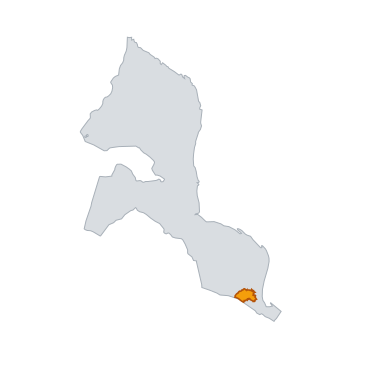 Magude, Maputo, Mozambique (highlighted), rotated 305°
{"feature_id": "85939544B12261721998883", "entity_name": "Magude", "entity_type": "district", "adm_level": 2, "iso_a3": "MOZ", "parent_name": "Mozambique", "parent_adm1": "Maputo", "projection": "albers", "projection_center": [32.464, -24.759], "detail": "fine", "context": "in_parent", "style": "filled", "palette": "amber", "viewbox_px": 384, "rotation_deg": 305, "n_neighbors": 0, "source": "geoboundaries", "source_scale": "gbopen_adm2", "svg_char_len": 6607}
<svg xmlns="http://www.w3.org/2000/svg" viewBox="0 0 384 384"><g transform="rotate(305 192 192)"><path d="M119.4,254.9L121.7,253.1L137.1,236.0L138.1,235.3L136.8,232.5L138.8,229.2L139.1,224.1L139.7,223.3L142.1,221.6L145.4,216.3L147.4,212.2L147.7,210.2L144.8,204.7L143.9,201.7L144.8,199.1L145.1,196.7L144.7,195.9L142.9,194.9L142.6,193.8L142.6,192.5L143.0,191.8L145.2,190.7L145.7,190.1L147.6,183.6L146.9,178.7L146.9,173.1L147.4,167.4L147.2,164.1L145.8,160.4L145.7,157.7L146.7,155.8L146.9,154.7L143.4,154.0L141.6,152.5L134.8,150.0L129.6,149.7L125.3,146.0L121.9,145.4L117.5,142.7L103.8,142.3L103.3,142.0L102.7,133.8L102.1,131.1L100.4,128.2L99.9,126.2L100.0,124.8L107.6,121.7L122.5,117.4L125.8,115.9L151.5,107.5L152.2,108.0L154.7,112.4L159.0,117.2L160.0,116.6L166.2,115.9L167.1,115.3L169.0,114.8L171.1,114.6L171.9,114.9L174.1,117.9L174.8,123.6L174.8,127.4L174.5,130.2L172.6,133.3L171.3,137.2L169.3,139.4L169.3,140.4L171.5,142.8L171.9,143.8L171.8,145.9L172.1,146.7L174.0,148.0L175.4,150.0L180.8,155.9L182.2,156.9L183.3,157.2L183.8,158.3L183.5,159.7L182.6,160.4L183.0,161.5L184.0,162.4L186.5,162.3L186.8,161.9L186.8,156.8L185.9,153.8L184.9,152.4L187.1,147.0L188.3,145.5L192.5,145.0L194.4,144.5L195.2,143.9L195.8,142.1L196.5,137.3L196.7,132.7L196.4,130.0L197.1,126.0L198.1,123.5L197.6,123.0L197.4,119.7L187.2,106.0L181.4,99.8L180.4,99.2L177.1,98.6L175.4,96.4L174.2,84.4L172.1,75.6L175.7,70.0L176.9,66.3L177.6,65.8L180.6,65.6L191.1,65.9L193.7,66.3L194.8,66.0L197.6,63.8L199.9,63.9L202.9,65.4L204.5,66.7L204.7,67.8L206.8,68.4L210.5,68.7L213.3,68.2L215.1,67.0L216.9,66.4L218.8,66.4L220.2,66.9L221.1,67.9L223.0,68.6L225.7,69.1L228.7,68.6L232.0,67.1L233.9,65.5L235.0,62.7L235.7,62.3L240.2,62.2L242.7,62.9L245.7,64.8L251.3,61.8L254.7,60.9L258.0,61.1L260.7,60.5L262.9,59.1L265.2,58.2L269.7,57.3L272.9,55.9L281.7,50.3L282.5,52.1L284.1,53.8L281.8,55.4L283.7,56.7L282.2,58.3L281.9,59.5L282.5,60.7L281.5,62.6L280.1,64.0L279.7,65.1L280.7,67.2L280.0,70.8L281.3,76.8L280.7,78.8L280.8,83.5L280.1,85.2L281.1,85.9L281.6,87.8L280.9,91.0L279.0,92.3L278.7,93.7L281.0,93.8L280.8,98.0L280.4,99.2L280.8,100.6L280.1,102.1L280.5,108.8L280.3,113.6L280.4,114.4L282.3,115.3L282.2,116.6L280.8,118.3L280.7,120.9L282.3,118.9L283.1,119.0L283.8,119.8L283.7,122.8L284.0,124.2L283.7,125.5L281.3,127.8L281.0,130.1L280.1,130.4L279.6,130.9L280.2,132.3L280.1,133.5L278.3,137.1L270.0,145.5L269.8,147.0L267.6,149.7L265.5,150.0L264.3,150.7L265.0,153.2L254.4,158.9L253.3,159.7L251.6,161.9L248.1,163.0L244.4,163.0L243.8,163.4L235.4,166.0L233.7,167.3L230.1,168.4L224.4,171.3L219.7,174.1L214.4,178.4L213.7,180.7L211.1,183.8L207.4,187.4L205.1,190.4L204.9,191.7L203.6,192.1L202.6,190.8L202.1,193.3L201.2,193.4L200.2,192.9L195.6,195.4L192.1,198.3L187.2,204.0L180.1,209.5L178.5,209.6L176.3,207.6L175.2,207.5L176.9,209.6L176.7,214.4L175.8,219.9L175.9,221.1L180.4,227.1L182.5,234.0L182.6,237.5L184.8,242.1L185.7,248.9L185.3,255.3L186.4,256.3L186.8,255.4L187.1,251.4L187.7,250.3L188.3,250.5L188.9,252.7L189.0,255.0L188.1,259.9L188.3,262.0L189.3,265.4L187.9,269.3L185.7,280.1L186.1,280.8L187.1,281.0L187.5,279.9L188.1,279.9L188.4,280.6L187.5,284.8L186.6,286.7L183.6,291.2L181.9,293.1L179.3,295.0L173.0,297.9L160.6,302.1L152.8,305.5L146.6,309.5L143.9,312.2L142.7,315.3L140.6,318.6L142.4,321.3L144.7,323.3L145.8,320.1L146.4,320.0L145.3,333.5L136.9,333.7L134.4,333.3L133.1,333.4L132.9,327.7L131.9,323.5L132.3,320.5L132.2,318.8L130.4,317.8L130.0,314.5L131.0,312.0L130.9,291.3L127.9,281.2L123.7,274.0L123.5,270.4L121.6,262.4L119.4,254.9ZM177.9,74.9L179.0,74.4L179.2,73.4L178.5,72.9L177.8,73.0L177.5,74.6L177.9,74.9ZM177.2,73.1L176.3,72.3L175.6,72.5L175.4,73.2L176.1,74.0L176.8,74.0L177.2,73.1Z" fill="#d9dde1" stroke="#a8b0b8" stroke-width="1"/><path d="M146.5,296.6L145.7,296.7L145.4,296.6L145.2,296.9L145.2,296.7L145.1,296.4L145.0,296.2L144.8,296.1L144.7,296.1L144.6,295.9L144.6,295.7L144.7,295.4L144.6,295.2L144.4,295.0L144.2,294.6L144.1,294.4L144.0,294.2L143.9,294.1L143.7,293.9L143.6,293.7L143.6,293.4L143.4,293.3L143.5,293.2L143.4,293.2L143.5,293.1L143.3,293.0L143.2,293.0L143.2,292.9L143.1,292.7L142.8,292.5L142.8,292.4L142.7,292.3L142.7,292.0L142.7,291.9L142.8,291.8L142.9,291.6L142.8,291.4L142.9,291.2L142.8,290.8L142.8,290.4L142.7,290.2L142.4,290.2L142.2,290.0L141.7,289.8L141.3,289.8L141.2,289.9L140.9,289.9L140.8,289.6L140.7,289.5L140.7,289.4L140.4,289.1L140.2,289.0L140.0,289.3L139.9,289.3L139.7,289.2L139.3,289.0L139.2,289.0L138.9,289.0L138.7,288.8L138.7,288.7L138.4,288.5L138.4,288.4L138.2,288.0L137.9,288.0L137.9,287.9L137.7,287.8L137.7,287.7L137.4,287.6L137.2,287.6L136.9,287.5L136.7,287.5L136.4,287.5L136.2,287.6L135.9,287.5L135.7,287.7L135.4,287.4L135.2,287.3L134.9,287.2L134.9,287.3L134.7,287.3L134.4,287.2L134.2,287.0L133.9,287.0L133.7,286.9L133.4,287.0L133.0,286.9L132.9,286.9L132.4,286.8L132.2,286.8L131.9,286.9L131.7,286.9L131.7,287.0L131.4,287.2L131.2,287.2L131.1,287.3L130.8,287.4L130.8,287.5L130.4,287.6L130.9,288.5L131.3,291.2L131.1,295.3L131.3,297.1L131.4,297.4L131.4,297.5L131.7,297.6L132.1,297.4L132.3,297.4L132.5,297.3L132.7,297.5L133.0,297.4L132.9,297.1L133.0,297.0L133.2,297.3L133.2,297.6L133.3,297.9L133.5,298.0L133.8,298.0L134.0,297.9L134.1,298.0L134.1,298.3L134.3,298.3L134.5,298.3L134.8,298.6L135.0,298.6L135.1,298.8L135.4,298.9L135.4,299.0L135.1,299.2L135.1,299.3L135.3,299.2L135.4,299.3L135.6,299.3L135.8,299.4L135.9,299.1L135.9,298.8L135.8,298.7L136.0,298.7L136.0,298.8L136.1,299.0L136.4,299.1L136.6,299.0L136.8,299.2L136.8,299.3L136.6,299.4L136.6,299.6L136.6,299.8L137.0,299.8L136.9,299.9L136.9,300.0L137.0,300.1L137.3,300.0L137.5,300.3L137.6,300.6L137.7,300.8L137.6,301.0L137.2,301.3L137.6,304.0L137.4,304.6L137.5,304.6L137.6,304.8L137.8,305.0L137.9,305.3L138.0,305.3L138.0,305.5L137.9,305.6L138.0,305.7L138.0,305.8L138.2,306.0L138.3,306.0L138.6,305.9L139.0,306.1L139.3,305.7L139.2,305.4L139.4,305.4L141.2,306.4L141.5,305.2L142.3,304.1L142.2,303.9L142.3,303.9L142.7,303.9L142.9,303.7L143.0,303.5L143.0,303.3L143.4,303.3L143.2,302.9L143.5,302.9L143.6,302.7L143.4,302.6L143.2,302.4L143.1,302.2L143.1,301.9L142.8,301.7L142.7,301.6L142.4,301.5L142.4,301.3L142.5,301.3L142.5,301.2L143.0,301.0L143.3,301.2L143.5,301.2L143.7,300.6L143.8,300.5L144.0,300.5L144.3,300.6L144.5,300.8L144.8,300.8L144.9,300.7L145.0,300.6L145.3,300.6L145.5,300.6L145.7,300.8L145.7,300.7L145.9,300.5L146.0,300.6L146.0,300.4L145.8,300.4L145.7,300.3L145.7,300.2L145.7,299.9L145.8,299.7L146.0,299.6L145.9,299.5L146.0,299.5L146.1,299.4L146.3,299.3L146.3,299.2L146.2,299.1L145.9,299.0L145.9,298.9L145.8,298.7L145.7,298.5L145.8,298.4L145.7,298.4L145.8,298.4L145.7,298.3L145.9,298.0L146.1,297.7L146.5,296.6Z" fill="#f59e0b" stroke="#b45309" stroke-width="1.5"/></g></svg>